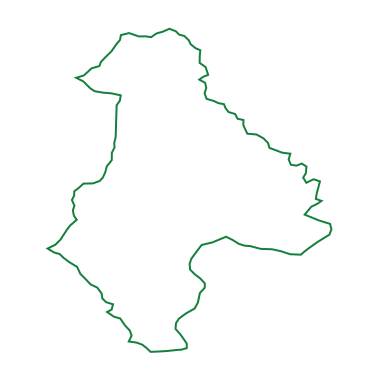 Mendonça, São Paulo, Brazil, rotated 273°
{"feature_id": "56859067B44337407830126", "entity_name": "Mendonça", "entity_type": "district", "adm_level": 2, "iso_a3": "BRA", "parent_name": "Brazil", "parent_adm1": "São Paulo", "projection": "equal_earth", "projection_center": [-49.571, -21.202], "detail": "fine", "context": "isolated", "style": "outline", "palette": "green", "viewbox_px": 384, "rotation_deg": 273, "n_neighbors": 0, "source": "geoboundaries", "source_scale": "gbopen_adm2", "svg_char_len": 2159}
<svg xmlns="http://www.w3.org/2000/svg" viewBox="0 0 384 384"><g transform="rotate(273 192 192)"><path d="M189.9,321.8L191.6,316.0L197.5,316.7L202.5,317.8L209.3,319.2L211.1,312.8L207.2,305.7L212.1,302.3L217.0,304.8L223.5,304.9L226.1,300.1L223.8,294.9L224.4,289.3L229.7,286.8L235.4,288.2L236.0,279.9L237.9,274.1L240.1,267.0L245.0,265.3L249.3,260.6L252.8,253.5L253.1,244.2L261.3,239.8L266.6,239.6L267.5,233.7L272.1,231.0L273.8,224.3L277.5,221.1L281.4,219.3L282.1,213.8L284.1,208.8L285.8,201.7L291.3,199.4L296.7,200.8L301.7,199.4L304.6,193.4L307.5,197.0L309.9,202.0L317.5,199.0L321.3,192.9L328.0,192.6L334.0,192.9L335.8,188.0L339.5,182.9L343.3,180.9L347.4,176.2L348.5,170.9L351.7,167.4L353.8,160.9L350.5,154.3L348.5,148.3L344.5,143.1L345.0,137.5L344.6,130.7L347.4,120.8L345.0,112.8L340.2,112.2L335.2,108.5L328.4,104.3L322.3,98.7L317.1,94.2L312.9,92.9L310.3,85.3L302.8,78.0L300.0,70.4L296.7,77.7L293.3,81.5L290.2,85.0L287.6,89.5L286.6,97.4L286.3,106.4L284.8,115.8L279.5,115.2L274.6,112.2L243.0,112.9L237.1,111.8L232.5,112.3L226.9,109.9L219.6,110.2L213.2,105.6L207.1,104.3L201.9,102.3L198.2,99.3L195.4,92.6L194.7,83.2L190.1,78.6L186.6,74.4L182.3,74.5L177.7,72.5L172.2,75.3L167.4,74.0L162.2,75.3L158.2,78.3L152.0,71.9L148.2,69.3L144.0,66.9L137.5,63.1L132.2,58.3L128.0,50.8L124.4,57.4L123.1,63.1L119.6,67.1L115.6,73.0L111.2,81.2L104.4,84.8L99.2,90.6L94.4,95.5L91.6,102.4L86.0,107.0L80.9,108.1L77.5,112.0L75.7,119.0L70.4,117.9L67.7,113.5L63.4,120.6L61.9,127.0L55.3,132.0L50.3,137.2L45.4,139.2L39.4,136.7L38.7,144.6L36.9,150.4L33.9,154.7L30.2,159.0L30.9,166.5L31.9,175.4L33.2,183.5L34.1,190.0L35.8,194.9L40.3,194.7L43.8,192.1L49.5,187.6L54.4,182.7L60.1,182.9L64.9,185.6L70.4,192.3L75.8,200.8L82.0,203.7L91.6,205.2L97.0,209.7L101.4,209.6L106.0,204.9L110.0,199.0L114.5,194.1L120.2,193.4L125.0,194.7L129.6,197.6L133.5,200.2L139.6,204.4L142.7,214.9L146.6,223.1L149.1,228.4L146.2,235.1L142.7,241.5L141.2,246.9L141.0,253.1L138.8,263.6L139.0,275.0L137.5,284.1L135.0,293.2L135.1,304.0L138.5,307.5L142.5,312.2L148.6,319.9L156.6,331.5L162.2,333.2L167.4,331.5L170.2,320.4L175.3,305.7L183.5,311.9L187.0,318.1L189.9,321.8Z" fill="none" stroke="#15803d" stroke-width="2"/></g></svg>